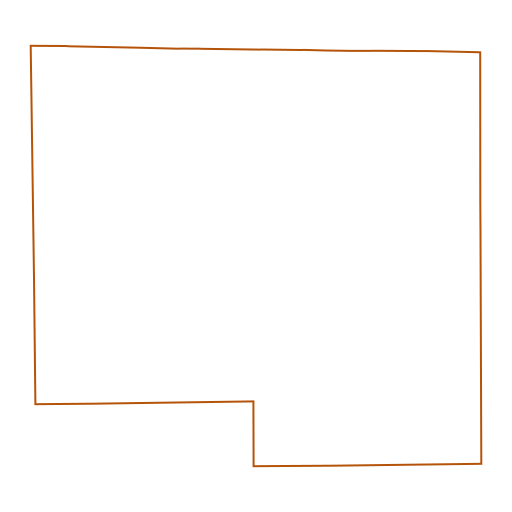 outline of Winnebago, Illinois, United States of America
{"feature_id": "52423323B41764216695730", "entity_name": "Winnebago", "entity_type": "district", "adm_level": 2, "iso_a3": "USA", "parent_name": "United States of America", "parent_adm1": "Illinois", "projection": "robinson", "projection_center": [-89.16, 42.325], "detail": "fine", "context": "isolated", "style": "outline", "palette": "amber", "viewbox_px": 512, "rotation_deg": 0, "n_neighbors": 0, "source": "geoboundaries", "source_scale": "gbopen_adm2", "svg_char_len": 502}
<svg xmlns="http://www.w3.org/2000/svg" viewBox="0 0 512 512"><path d="M30.7,45.8L34.0,277.8L35.4,404.2L93.0,403.7L253.4,401.4L253.6,466.2L332.7,465.7L481.3,463.8L480.5,233.2L480.3,202.1L480.2,52.3L477.4,52.2L429.4,51.1L410.7,51.0L408.8,51.0L408.6,51.0L380.3,50.8L352.7,50.9L325.6,50.5L308.1,50.0L304.7,49.9L300.1,50.0L261.3,49.5L259.5,49.6L201.5,48.8L199.5,48.7L181.3,48.6L177.6,48.7L166.0,48.4L138.5,47.7L69.6,46.3L65.4,46.0L65.2,46.0L30.7,45.8Z" fill="none" stroke="#b45309" stroke-width="2"/></svg>